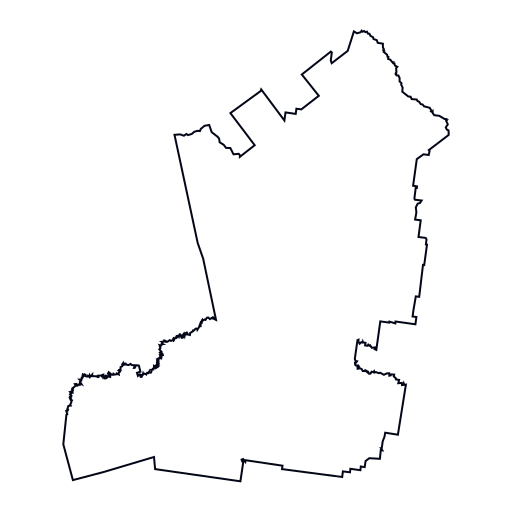 outline of Lachlan, New South Wales, Australia
{"feature_id": "25037944B93105500759341", "entity_name": "Lachlan", "entity_type": "district", "adm_level": 2, "iso_a3": "AUS", "parent_name": "Australia", "parent_adm1": "New South Wales", "projection": "mercator", "projection_center": [147.012, -32.8], "detail": "fine", "context": "isolated", "style": "outline", "palette": "ink", "viewbox_px": 512, "rotation_deg": 0, "n_neighbors": 0, "source": "geoboundaries", "source_scale": "gbopen_adm2", "svg_char_len": 6004}
<svg xmlns="http://www.w3.org/2000/svg" viewBox="0 0 512 512"><path d="M379.9,458.8L380.8,450.0L382.3,450.3L381.2,448.4L381.7,448.5L382.7,441.3L384.5,436.7L385.2,432.7L397.9,434.7L405.9,384.6L404.4,384.9L403.9,383.7L403.7,384.8L402.0,385.1L401.8,382.9L398.3,383.2L399.1,379.9L395.9,379.4L395.8,378.2L393.8,376.5L394.2,374.6L391.1,374.4L390.7,375.4L389.3,375.7L389.2,373.3L386.8,373.4L383.9,374.8L380.1,372.7L379.0,373.2L375.9,372.1L374.7,372.5L374.1,371.2L373.4,372.3L371.6,371.7L370.4,373.7L369.0,373.7L368.2,372.1L366.8,372.9L367.7,371.5L365.4,370.3L365.3,371.1L362.7,371.0L361.7,369.1L360.1,368.3L357.6,368.8L357.5,367.4L358.9,366.6L358.2,365.4L356.1,365.6L355.1,364.6L355.0,363.1L355.5,363.3L357.0,361.3L355.6,361.0L354.8,358.9L357.5,340.1L358.5,339.7L358.4,341.5L359.7,343.7L361.3,342.2L362.4,342.5L362.7,341.7L362.9,342.4L365.5,342.8L365.1,345.4L367.6,345.8L368.3,344.6L369.7,345.8L370.2,345.4L371.8,347.8L375.6,347.3L375.9,348.0L374.9,347.9L374.6,349.1L376.3,349.9L380.3,321.4L389.2,322.6L389.4,321.6L395.3,323.4L395.5,321.5L415.4,324.3L416.4,317.0L412.6,316.5L413.4,310.4L415.8,296.4L419.2,296.8L423.0,264.9L424.2,265.1L427.0,244.6L425.9,244.4L426.5,239.4L425.6,237.9L418.5,237.0L420.7,220.3L415.1,219.6L416.4,212.3L415.8,207.4L417.7,203.6L419.9,203.1L421.6,200.5L414.9,199.7L414.4,198.5L415.7,187.9L416.8,188.0L417.0,186.4L413.1,185.7L416.8,159.1L423.5,154.3L428.7,155.0L429.6,151.0L428.8,150.1L448.6,135.0L448.7,133.9L448.5,130.4L446.7,129.5L445.8,127.4L447.8,124.4L446.2,120.9L446.8,120.2L446.2,120.2L446.4,119.1L444.6,119.0L439.2,115.8L434.2,115.2L432.7,113.0L432.6,111.4L432.1,112.0L431.2,111.5L431.7,111.1L429.7,107.8L424.0,106.3L422.6,104.5L420.7,104.1L419.1,101.7L417.6,101.1L416.7,99.5L411.7,99.1L410.6,96.7L408.3,96.5L402.3,91.7L402.6,87.6L401.2,84.7L401.5,83.3L399.6,81.4L399.6,78.0L398.4,75.5L396.6,75.4L396.0,74.6L396.2,73.5L395.7,73.5L396.4,71.7L396.1,68.2L397.3,66.8L394.9,65.5L394.5,63.6L393.8,63.5L393.6,62.5L393.0,63.0L390.3,59.7L388.1,58.9L388.4,57.0L387.5,56.7L387.1,54.7L383.7,51.9L384.3,51.1L383.2,50.1L383.9,49.2L382.9,47.4L382.9,43.7L377.7,42.8L376.8,40.2L373.5,39.0L373.1,37.3L370.4,35.8L369.5,33.8L367.9,33.6L367.0,31.7L365.3,32.1L364.0,31.0L362.7,31.7L361.6,30.7L360.7,32.2L357.0,33.3L353.9,31.4L347.7,50.9L331.7,63.2L330.8,60.6L331.8,52.4L330.8,51.6L301.8,74.5L318.8,95.8L301.3,109.4L296.4,108.7L295.7,113.9L285.5,112.4L284.4,120.5L261.2,89.4L260.7,91.0L230.4,113.1L254.7,145.2L239.9,156.8L240.0,155.4L238.7,153.8L233.5,154.3L230.3,148.0L226.1,147.9L223.7,144.8L219.7,142.3L219.1,138.7L217.8,136.9L211.7,132.2L209.2,125.0L204.5,125.8L200.8,128.9L199.9,131.1L197.6,130.8L194.2,131.8L191.9,133.9L188.0,135.1L186.4,134.0L183.9,135.7L180.2,134.4L174.5,134.8L197.7,243.0L203.2,258.8L216.0,319.9L213.6,318.7L214.2,317.9L212.7,318.3L212.6,317.4L210.0,319.1L208.1,317.5L206.8,317.8L205.5,319.9L204.6,319.5L203.2,320.4L202.6,319.7L202.3,320.7L201.9,319.6L201.7,322.6L200.8,322.2L199.6,325.5L200.7,324.9L200.6,326.2L199.6,326.2L197.4,329.7L197.2,328.7L195.6,328.7L193.6,330.8L193.0,330.5L192.3,331.7L190.2,332.9L189.9,335.0L186.7,334.2L187.3,333.2L186.8,332.5L185.8,333.1L186.2,334.4L185.0,334.3L184.7,335.7L184.0,333.5L182.7,335.3L183.1,336.1L182.3,336.6L182.9,337.5L181.9,337.9L181.2,337.2L181.6,335.5L180.5,335.6L180.3,334.4L179.7,334.3L178.9,336.8L178.2,335.7L176.8,336.0L177.0,337.3L176.4,338.0L175.5,337.5L174.7,338.7L173.7,338.1L173.2,338.9L173.8,339.9L174.3,339.6L173.5,340.8L172.7,340.1L171.0,340.9L169.8,340.1L167.3,341.8L165.7,341.8L165.6,340.9L164.2,340.4L163.9,341.5L161.8,341.8L162.6,342.3L161.8,343.6L162.8,344.1L161.9,344.2L161.2,345.5L159.5,345.1L160.4,348.1L159.3,349.3L161.7,352.0L161.5,353.0L160.7,352.0L159.8,352.7L161.0,354.1L162.5,354.0L162.9,355.1L161.7,355.3L161.5,356.6L160.9,355.0L160.0,355.1L160.5,356.0L159.6,357.6L160.2,358.3L158.6,358.4L158.5,359.7L158.0,358.9L157.1,359.2L158.1,360.8L157.1,360.9L156.9,362.5L157.5,363.2L158.5,362.7L158.8,363.9L157.5,365.0L156.9,364.1L156.6,364.6L157.1,365.7L158.5,366.1L157.7,367.0L156.5,366.3L156.7,367.4L156.0,368.0L155.5,366.5L154.0,365.8L154.1,368.3L153.0,368.6L153.2,369.5L151.1,369.8L151.5,371.5L150.8,372.7L149.2,372.5L149.1,371.7L148.3,373.1L147.2,372.8L146.3,374.5L144.8,373.6L143.4,374.3L143.1,373.5L142.7,374.9L141.0,374.9L142.1,375.9L141.6,376.9L140.7,376.9L139.9,374.9L140.6,374.7L139.8,374.4L137.9,375.9L137.0,372.8L140.4,371.7L138.9,365.6L136.1,365.2L134.8,367.8L134.0,367.9L134.8,365.6L134.4,365.2L131.8,365.1L130.5,363.9L128.5,365.1L125.8,364.5L125.6,363.6L124.5,363.6L125.0,364.5L123.6,364.9L123.8,364.0L122.9,364.3L122.9,363.4L122.2,364.3L122.7,364.8L122.3,366.2L120.6,367.0L120.5,369.4L119.6,369.7L120.2,370.3L118.8,370.7L119.9,371.7L118.6,373.0L118.8,374.5L116.9,373.6L116.9,374.2L114.7,374.6L113.4,373.7L113.0,374.8L110.0,374.5L110.5,373.6L108.7,372.2L108.0,373.6L110.2,375.7L110.2,376.9L107.3,376.1L107.8,376.8L106.3,377.2L106.6,377.9L105.8,378.4L104.8,378.4L105.3,376.9L104.5,377.2L105.3,376.0L103.1,376.4L103.3,374.6L102.3,374.9L101.9,376.3L101.3,375.5L98.0,375.7L98.4,377.0L97.9,377.1L96.3,376.3L92.1,376.1L92.2,374.6L90.0,377.0L89.5,375.3L88.9,376.6L87.8,375.7L87.0,376.6L84.4,375.7L85.3,374.7L84.4,374.3L83.8,375.2L82.8,374.5L82.5,376.0L83.1,376.6L82.2,378.1L81.7,377.9L81.4,379.6L79.6,379.6L81.0,380.9L80.0,381.8L81.4,384.0L79.8,383.2L79.7,384.9L78.0,384.5L77.6,385.6L76.6,385.7L76.0,383.9L74.9,384.1L75.9,385.5L72.4,388.4L72.9,388.9L72.2,389.4L72.8,390.2L72.0,390.8L72.4,391.5L71.6,391.6L72.1,392.5L70.2,392.2L71.1,393.7L70.1,394.4L71.5,395.9L71.0,396.5L69.7,395.9L70.7,397.1L69.7,397.5L70.3,399.2L71.0,398.9L71.9,400.4L71.2,400.8L71.4,402.2L70.2,404.6L70.7,405.6L68.4,405.9L67.3,409.0L68.1,409.5L67.6,410.7L66.3,410.9L67.3,414.2L66.4,414.8L63.3,444.3L72.9,480.1L103.7,472.0L154.0,457.0L155.1,469.1L240.4,481.3L243.3,461.7L242.4,461.6L241.6,459.6L243.1,459.0L245.3,461.8L245.5,460.2L282.5,465.7L282.0,469.1L342.2,477.0L342.9,471.4L350.0,472.3L350.4,468.8L360.4,470.2L360.8,466.5L364.7,467.1L365.6,461.0L369.3,458.2L379.9,458.8Z" fill="none" stroke="#020617" stroke-width="2"/></svg>